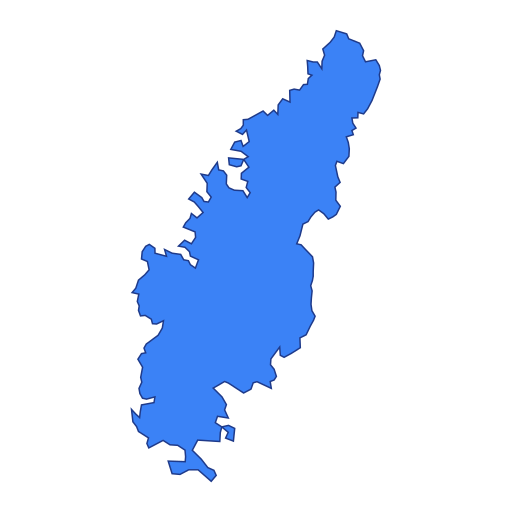 the district of Victor Graeff, Rio Grande do Sul, Brazil
{"feature_id": "56859067B40903979142866", "entity_name": "Victor Graeff", "entity_type": "district", "adm_level": 2, "iso_a3": "BRA", "parent_name": "Brazil", "parent_adm1": "Rio Grande do Sul", "projection": "mercator", "projection_center": [-52.689, -28.548], "detail": "fine", "context": "isolated", "style": "filled", "palette": "blue", "viewbox_px": 512, "rotation_deg": 0, "n_neighbors": 0, "source": "geoboundaries", "source_scale": "gbopen_adm2", "svg_char_len": 3280}
<svg xmlns="http://www.w3.org/2000/svg" viewBox="0 0 512 512"><path d="M330.1,42.4L322.8,49.0L324.6,55.2L322.1,61.2L321.8,68.8L317.3,62.0L313.2,62.0L307.2,60.5L307.7,66.6L308.0,73.8L311.9,75.2L308.3,78.5L307.4,84.3L303.5,84.6L299.6,90.1L294.1,89.1L289.7,90.4L290.0,102.1L282.7,98.8L278.2,104.9L277.8,114.4L273.8,110.2L267.6,115.4L263.1,111.0L248.0,119.3L243.3,119.7L243.3,125.2L240.8,128.6L236.2,131.2L242.5,134.4L246.5,130.0L249.2,141.6L243.1,146.4L241.0,140.5L234.7,142.1L230.8,149.4L241.1,151.3L248.2,156.7L243.7,159.4L248.9,167.2L241.4,173.3L241.2,179.0L247.8,181.4L246.2,187.5L250.2,192.7L247.2,197.6L242.9,190.7L234.3,190.2L228.9,187.8L226.3,183.9L226.7,175.2L223.4,170.9L218.7,169.9L217.3,162.3L212.0,169.7L208.4,175.5L201.1,174.1L207.2,183.3L206.9,191.7L211.2,197.1L208.4,202.0L204.0,201.5L201.8,197.6L194.4,192.2L188.7,199.0L194.3,202.0L198.5,206.8L203.1,212.5L197.0,217.9L191.4,213.5L190.0,218.4L185.7,222.8L183.3,227.1L195.1,231.9L195.6,237.4L191.4,243.8L184.6,240.2L178.5,246.1L185.0,247.3L189.5,251.7L190.4,256.1L198.5,259.8L195.4,268.1L190.4,264.7L188.4,260.7L183.7,259.8L180.7,254.4L172.1,253.2L164.6,249.5L166.5,256.3L155.0,253.2L154.9,248.3L149.3,244.4L145.7,246.3L142.2,251.7L141.5,259.0L147.4,261.5L149.1,269.8L144.7,274.9L138.5,280.1L135.8,288.2L132.1,292.6L138.8,294.1L137.3,301.5L139.2,305.9L138.5,310.4L140.5,315.9L145.2,315.4L151.3,319.2L152.5,323.7L156.6,324.0L163.5,320.7L162.3,328.1L158.1,335.3L146.3,344.0L144.0,348.1L145.7,352.8L141.5,353.6L137.9,359.2L142.6,367.2L140.7,377.4L141.8,382.2L139.0,388.4L139.9,393.6L142.5,398.2L146.5,399.1L154.9,396.9L154.0,402.6L141.5,404.9L140.3,411.6L139.6,417.6L135.6,413.9L131.5,409.4L132.9,421.8L136.6,426.6L138.5,431.5L148.5,437.9L146.9,443.5L148.8,447.9L163.1,440.4L170.0,444.8L177.7,445.3L185.0,450.1L185.6,456.7L185.2,461.7L168.2,461.1L172.1,473.7L180.0,474.4L188.7,469.8L198.1,469.8L211.2,481.3L216.2,475.4L213.9,470.3L207.8,467.6L201.3,459.2L192.3,450.3L197.7,440.1L219.8,441.5L220.3,432.6L221.8,426.9L215.3,422.7L217.5,416.3L228.3,418.0L224.6,409.9L226.4,404.6L222.0,396.9L213.2,388.1L224.6,381.5L228.3,383.0L243.6,393.0L251.0,389.1L253.2,382.8L257.0,381.7L271.3,388.4L270.2,381.5L274.1,380.0L276.4,376.4L274.1,369.2L270.5,364.8L270.9,358.9L279.7,347.0L280.3,355.3L284.1,357.3L291.3,353.4L300.3,347.7L299.9,337.9L306.1,334.8L310.4,325.9L313.5,320.3L315.1,316.2L311.9,310.7L311.0,304.3L311.4,297.9L312.1,290.9L310.7,285.7L312.4,280.6L313.2,276.2L313.2,271.5L313.6,263.0L312.5,256.8L305.5,249.5L301.1,244.8L296.7,243.8L300.0,235.7L302.9,224.1L308.0,221.6L310.9,216.9L314.9,212.2L318.6,209.9L323.8,213.7L328.3,219.1L332.8,216.9L336.3,214.4L340.3,206.3L335.8,200.2L336.0,192.1L334.9,187.1L340.1,182.4L337.8,176.8L335.4,165.5L336.9,161.3L343.4,163.6L348.9,156.3L349.3,148.8L348.3,142.5L346.3,136.8L353.3,134.7L351.9,130.5L356.0,128.1L352.8,123.2L351.9,118.0L357.8,117.8L358.0,112.4L363.6,113.9L367.6,108.8L372.0,100.5L375.4,91.9L377.6,86.3L380.1,79.1L379.3,74.7L380.5,70.4L379.3,65.5L375.8,59.8L365.5,61.8L362.5,55.7L363.6,50.7L359.7,43.2L348.7,38.8L346.7,33.9L336.3,30.7L334.2,37.1L330.1,42.4ZM221.8,426.9L228.2,432.3L225.6,438.1L233.4,441.1L234.7,428.4L228.5,425.4L221.8,426.9ZM243.7,159.4L228.6,157.9L229.3,164.7L236.7,166.8L241.0,165.8L243.7,159.4Z" fill="#3b82f6" stroke="#1e3a8a" stroke-width="1.5"/></svg>